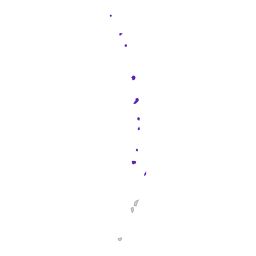 Northern Islands, Northern Islands, Northern Mariana Islands (highlighted)
{"feature_id": "39175420B77088391070908", "entity_name": "Northern Islands", "entity_type": "district", "adm_level": 2, "iso_a3": "MNP", "parent_name": "Northern Mariana Islands", "parent_adm1": "Northern Islands", "projection": "natural_earth1", "projection_center": [145.647, 18.28], "detail": "fine", "context": "in_parent", "style": "filled", "palette": "violet", "viewbox_px": 256, "rotation_deg": 0, "n_neighbors": 0, "source": "geoboundaries", "source_scale": "gbopen_adm2", "svg_char_len": 3463}
<svg xmlns="http://www.w3.org/2000/svg" viewBox="0 0 256 256"><path d="M136.1,204.9L136.1,205.9L134.5,205.6L134.1,205.2L135.0,202.1L137.2,200.6L138.2,200.3L137.2,201.8L137.0,203.5L136.1,204.9ZM133.5,210.6L132.2,212.4L131.4,209.6L131.2,208.5L132.4,207.5L133.0,207.5L133.5,210.6ZM121.6,239.0L120.1,240.6L119.1,240.3L118.4,239.7L118.3,238.8L120.6,237.9L121.6,238.2L121.6,239.0ZM136.9,102.0L135.4,102.7L137.2,99.3L137.8,98.7L138.6,99.9L136.9,102.0ZM134.8,78.1L133.9,79.4L133.2,78.4L133.0,76.5L134.3,76.7L134.8,77.1L134.8,78.1ZM135.0,162.8L134.3,163.0L133.4,162.9L132.7,162.4L132.5,161.4L134.5,161.4L135.2,162.1L135.0,162.8Z" fill="#d9dde1" stroke="#a8b0b8" stroke-width="1"/><path d="M134.8,103.1L135.0,103.1L135.3,103.0L135.6,102.8L135.6,102.7L135.9,102.5L135.8,102.4L135.9,102.2L136.1,101.9L136.4,101.4L136.5,101.2L136.8,101.0L137.0,100.9L137.2,101.0L137.4,101.1L137.5,100.9L137.7,100.6L137.7,100.4L137.8,100.1L137.8,99.9L137.8,99.7L137.7,99.3L137.6,99.0L137.4,98.9L137.0,98.8L136.9,98.8L136.7,98.9L136.4,99.0L136.3,99.3L136.2,99.5L136.3,99.7L136.4,99.8L136.4,100.0L136.4,100.3L136.3,100.5L136.3,100.9L136.3,101.1L136.0,101.5L135.9,101.5L135.7,101.7L135.6,101.8L135.6,101.7L135.5,101.8L135.5,101.7L135.3,101.9L135.1,102.1L135.0,102.4L134.9,102.6L135.0,102.6L134.9,102.7L134.9,102.8L134.9,103.0L134.8,103.1ZM132.7,77.5L132.8,77.8L132.7,77.8L132.8,77.9L132.7,77.9L132.8,78.1L132.8,78.3L132.9,78.5L133.0,78.5L133.1,78.8L133.1,79.0L133.3,79.1L133.5,79.2L133.5,79.3L133.8,79.2L133.7,79.2L133.8,79.1L133.9,78.9L134.0,78.9L134.3,78.8L134.3,78.7L134.4,78.4L134.4,78.2L134.5,78.2L134.6,77.9L134.5,77.7L134.6,77.4L134.5,77.2L134.4,77.0L134.4,76.9L134.2,76.9L134.1,76.7L133.9,76.5L133.7,76.4L133.4,76.3L133.2,76.4L133.1,76.5L132.9,76.8L132.8,77.0L132.7,77.3L132.7,77.5ZM132.6,161.8L132.6,162.0L132.6,162.3L132.7,162.5L132.8,162.7L132.8,162.8L133.0,162.9L133.0,163.0L133.2,162.9L133.3,163.0L133.3,162.9L133.4,163.0L133.5,163.0L133.6,162.9L133.7,163.0L133.8,163.0L133.8,162.9L133.9,163.0L134.0,163.0L134.3,163.0L134.4,162.9L134.5,163.0L134.8,162.9L135.0,162.9L135.1,162.7L135.3,162.4L135.3,162.1L135.2,162.1L135.0,161.8L134.9,161.8L134.7,161.7L134.5,161.8L134.3,161.8L134.0,161.8L133.8,161.7L133.6,161.7L133.4,161.7L133.2,161.7L133.0,161.8L132.9,161.8L132.8,161.7L132.7,161.7L132.7,161.8L132.6,161.8ZM138.0,118.6L138.0,119.0L138.3,119.4L138.5,119.4L138.7,119.5L138.7,119.4L138.8,119.3L138.8,119.2L139.0,119.1L139.1,118.8L139.1,118.7L139.0,118.4L138.9,118.3L138.8,118.2L138.7,118.2L138.3,118.0L138.2,118.1L138.1,118.4L138.0,118.5L138.0,118.6ZM125.4,45.5L125.4,45.8L125.5,46.0L125.9,46.1L126.0,46.0L126.2,45.8L126.2,45.7L126.2,45.4L126.2,45.2L125.9,45.0L125.6,45.1L125.5,45.3L125.4,45.5ZM138.5,128.7L138.5,128.8L138.5,129.0L138.8,129.3L139.0,129.2L139.1,128.9L139.0,128.7L138.8,128.4L138.7,128.5L138.7,128.4L138.6,128.5L138.5,128.7ZM136.6,150.0L136.8,150.3L137.0,150.4L137.1,150.5L137.2,150.4L137.2,150.1L137.2,149.9L137.1,149.7L136.9,149.6L136.8,149.8L136.7,149.8L136.6,150.0ZM110.6,15.7L110.6,15.8L110.7,16.0L110.8,16.0L110.9,15.9L111.0,15.8L111.0,15.7L110.9,15.5L110.8,15.4L110.7,15.4L110.6,15.5L110.6,15.7ZM120.6,34.3L120.8,34.2L121.0,34.0L120.9,34.0L120.9,33.9L120.7,33.9L120.7,34.0L120.6,34.3ZM145.0,174.4L145.0,174.5L145.1,174.4L145.2,174.2L145.3,174.1L145.4,173.9L145.4,173.7L145.2,174.0L145.1,174.4L145.0,174.4ZM120.0,34.1L120.1,34.3L120.3,34.4L120.3,34.2L120.2,34.2L120.1,33.9L120.2,33.7L120.1,33.8L120.0,34.1Z" fill="#8b5cf6" stroke="#5b21b6" stroke-width="1.5"/></svg>